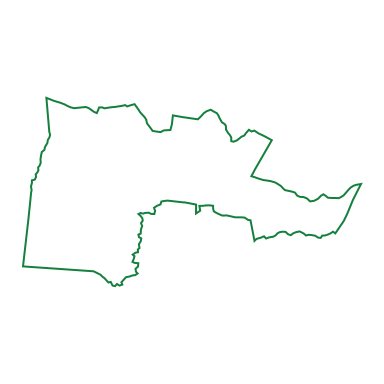 outline of Campina Grande, Paraíba, Brazil
{"feature_id": "56859067B75608980629156", "entity_name": "Campina Grande", "entity_type": "district", "adm_level": 2, "iso_a3": "BRA", "parent_name": "Brazil", "parent_adm1": "Paraíba", "projection": "orthographic", "projection_center": [-35.922, -7.27], "detail": "fine", "context": "isolated", "style": "outline", "palette": "green", "viewbox_px": 384, "rotation_deg": 0, "n_neighbors": 0, "source": "geoboundaries", "source_scale": "gbopen_adm2", "svg_char_len": 3198}
<svg xmlns="http://www.w3.org/2000/svg" viewBox="0 0 384 384"><path d="M23.0,266.4L93.6,271.3L97.7,273.3L100.6,274.8L102.3,276.6L104.4,278.1L106.7,280.6L108.4,282.5L110.7,281.9L112.6,285.6L115.1,286.1L117.0,284.0L119.4,285.6L122.3,284.6L121.4,282.3L123.8,279.6L126.0,277.2L129.6,276.5L132.2,275.5L135.2,275.1L137.6,273.5L136.0,271.7L135.5,268.8L138.0,266.6L138.3,263.2L134.7,262.9L132.5,261.9L133.8,258.8L134.5,256.2L132.7,254.7L135.4,252.7L138.0,252.2L137.8,249.5L139.5,248.0L138.9,244.2L140.7,241.4L141.3,238.4L139.0,237.2L138.4,234.6L140.7,233.6L140.9,229.6L142.2,226.0L141.0,223.1L142.7,220.8L142.4,218.4L140.8,216.1L138.5,214.0L140.6,213.0L143.0,213.6L145.4,212.9L148.7,212.7L151.1,213.9L154.3,214.0L155.1,210.8L154.0,207.8L157.0,205.8L160.5,204.4L161.4,201.5L164.1,201.0L167.5,200.6L182.7,202.3L185.4,202.5L196.1,204.6L196.0,213.5L200.2,210.7L199.4,205.9L202.9,205.8L205.4,205.5L209.3,205.3L213.1,205.8L213.1,208.3L213.8,211.3L216.0,212.7L219.1,214.2L222.5,215.6L226.7,215.4L231.6,216.5L235.1,217.3L237.7,217.3L241.0,217.3L244.7,217.6L248.0,219.9L250.5,220.3L254.5,240.9L256.5,238.9L260.8,237.7L264.0,236.3L266.1,238.5L269.0,237.4L273.3,236.7L275.7,235.3L277.5,233.3L279.6,232.2L282.6,231.7L285.6,231.9L288.0,234.2L290.8,235.2L293.1,233.4L295.6,232.3L299.6,231.4L303.7,233.5L306.0,235.5L308.8,234.8L312.0,235.1L315.3,235.8L318.1,237.6L320.7,237.9L322.2,235.6L324.8,235.5L327.5,234.7L330.3,233.5L333.0,231.7L335.3,233.4L343.7,221.1L347.1,214.1L353.0,199.8L361.0,184.0L355.9,184.9L353.5,185.8L351.0,187.3L349.2,189.0L343.7,195.3L341.1,197.0L338.7,198.2L336.2,198.0L332.9,198.0L330.2,197.9L327.9,197.7L325.9,196.0L323.4,194.3L321.0,195.7L318.0,198.8L314.1,200.8L310.1,201.4L306.8,198.3L303.4,197.0L300.0,196.9L297.2,195.6L295.0,192.6L291.9,191.6L288.7,190.9L284.9,190.1L282.7,188.0L280.9,186.0L278.6,184.5L275.3,182.5L270.5,181.1L266.1,180.4L263.6,180.1L259.5,178.9L254.6,177.2L251.4,176.2L255.2,169.0L271.8,140.2L268.3,138.3L265.4,136.7L262.4,135.2L259.1,133.7L256.9,132.3L254.3,130.6L251.6,131.5L248.9,129.8L246.3,132.7L244.3,135.5L241.5,136.7L239.2,138.6L236.9,140.4L233.7,141.7L231.3,141.2L231.2,137.3L229.6,134.7L227.9,132.7L226.0,129.5L225.9,125.9L224.6,124.0L221.9,122.3L219.5,118.0L218.4,115.4L216.9,113.2L213.1,111.2L210.8,109.7L206.7,111.2L204.0,113.0L202.5,114.7L200.3,117.0L197.9,119.3L181.9,117.0L172.9,115.4L171.9,124.3L170.4,130.0L167.1,130.2L163.7,130.4L160.7,132.1L156.1,131.5L152.6,130.9L151.1,128.8L149.7,126.9L147.0,123.3L146.2,119.6L144.8,117.4L142.9,115.3L140.4,112.6L138.6,109.8L136.6,107.0L134.6,104.2L132.2,104.8L129.9,105.5L127.2,106.4L125.1,105.1L121.8,105.9L118.4,106.4L115.4,106.9L111.6,107.2L107.6,107.8L104.4,108.3L102.2,107.4L99.1,107.5L98.0,110.4L96.8,113.1L94.1,111.9L91.8,110.3L88.7,108.1L85.8,107.0L82.5,107.3L78.9,107.7L74.1,108.2L70.2,107.2L67.2,105.8L64.8,104.5L60.5,102.8L56.8,101.7L53.2,100.6L50.6,99.5L46.4,97.9L49.3,131.9L50.1,134.8L49.4,137.5L47.9,139.8L47.3,143.2L45.0,146.9L44.4,149.9L41.8,152.0L41.1,155.2L40.5,159.0L40.7,162.9L39.6,165.6L38.1,167.5L38.4,170.4L37.3,172.5L35.7,174.3L36.1,176.9L34.8,179.6L31.9,180.3L31.9,183.1L31.0,186.3L31.6,190.3L31.1,192.6L30.3,200.8L28.5,218.3L23.0,266.4Z" fill="none" stroke="#15803d" stroke-width="2"/></svg>